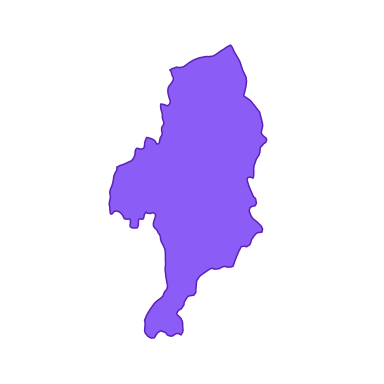 outline of Hantsavichy, Brest, Belarus, rotated 109°
{"feature_id": "67162791B6713137002494", "entity_name": "Hantsavichy", "entity_type": "district", "adm_level": 2, "iso_a3": "BLR", "parent_name": "Belarus", "parent_adm1": "Brest", "projection": "natural_earth1", "projection_center": [26.586, 52.677], "detail": "fine", "context": "isolated", "style": "filled", "palette": "violet", "viewbox_px": 384, "rotation_deg": 109, "n_neighbors": 0, "source": "geoboundaries", "source_scale": "gbopen_adm2", "svg_char_len": 4084}
<svg xmlns="http://www.w3.org/2000/svg" viewBox="0 0 384 384"><g transform="rotate(109 192 192)"><path d="M328.7,195.1L328.8,195.0L330.8,193.8L333.4,193.0L338.8,191.6L340.9,190.0L342.9,186.4L343.4,182.9L342.1,180.1L339.1,179.5L336.2,178.7L333.4,176.3L333.4,173.9L333.6,171.1L335.2,168.7L335.4,165.9L334.6,163.7L332.1,161.7L331.0,160.9L330.2,158.5L330.7,155.9L327.7,155.2L325.6,155.5L323.0,156.7L319.7,157.9L317.6,158.9L315.0,161.5L314.0,163.3L313.0,165.7L311.7,167.1L308.1,166.1L306.0,164.1L301.4,162.9L298.8,163.5L293.7,162.5L291.6,161.5L290.3,159.3L289.0,156.7L285.9,155.7L282.6,156.7L277.4,157.9L274.6,158.7L271.2,157.9L269.2,157.3L266.8,155.9L264.5,154.1L261.7,152.1L259.4,150.3L257.8,148.7L257.6,146.4L257.3,144.6L255.5,141.2L253.2,139.2L251.6,136.8L251.6,134.4L250.1,130.6L248.8,129.0L246.0,129.0L242.1,129.0L238.5,128.8L232.6,128.4L230.2,128.0L228.4,128.0L227.4,127.2L226.1,124.6L226.1,122.6L223.0,120.2L220.5,120.0L217.4,120.2L212.7,118.8L209.6,117.4L208.1,114.6L207.1,112.8L204.0,113.2L201.7,115.4L199.3,120.2L197.3,125.8L195.5,128.2L191.4,131.8L187.8,132.0L186.2,130.6L184.4,127.8L181.6,127.4L177.5,129.8L176.2,132.6L169.2,139.0L165.1,142.2L162.5,144.0L160.2,144.0L158.9,141.6L158.9,139.0L158.8,138.7L156.9,138.9L152.8,140.1L149.8,141.3L146.9,141.9L140.2,141.9L138.0,141.4L135.3,140.7L132.3,140.8L130.2,141.3L128.3,141.8L126.6,141.6L125.3,140.7L123.1,140.0L121.2,138.5L118.7,138.3L117.3,139.0L116.3,141.3L115.3,143.9L113.2,146.0L109.3,146.3L106.4,146.7L103.7,148.0L99.6,150.7L94.5,154.0L90.8,159.7L88.7,163.1L86.5,166.5L85.5,169.8L84.5,173.8L83.7,174.6L80.6,174.7L75.1,175.3L69.7,176.4L65.8,178.3L63.2,180.9L60.0,184.0L53.9,188.5L51.5,190.9L49.3,193.4L45.9,197.5L42.0,201.1L40.7,203.1L40.6,203.4L43.2,206.0L47.3,209.0L49.5,210.9L54.1,214.1L56.8,216.6L58.5,220.2L59.4,223.0L62.8,228.9L66.2,233.0L69.8,236.2L73.2,238.5L76.6,241.0L78.5,244.5L78.9,247.3L80.2,248.8L81.5,250.5L82.7,251.7L83.8,252.6L85.1,250.9L86.8,249.7L88.7,248.4L89.6,247.2L91.0,246.4L93.4,246.3L96.5,247.2L98.9,248.1L101.0,248.4L103.2,248.1L105.5,247.3L107.8,246.0L110.7,244.0L113.4,242.0L115.0,241.8L116.9,242.0L118.6,243.6L118.4,246.0L118.5,247.6L118.7,249.1L118.9,250.0L120.2,250.0L123.4,248.6L125.7,247.0L127.5,245.8L128.9,245.1L131.9,244.0L134.2,242.2L135.6,241.1L137.4,240.9L139.5,241.4L141.2,241.6L142.8,241.1L144.1,240.6L145.7,239.5L147.1,239.1L149.0,239.2L150.6,239.6L152.3,239.6L154.2,239.2L156.7,239.1L157.8,240.1L158.0,241.3L156.0,243.1L155.3,244.7L155.0,246.2L154.8,247.3L154.9,250.9L155.1,252.4L157.2,252.9L160.7,252.8L162.8,252.2L165.1,251.8L166.3,252.0L167.6,253.2L168.3,255.1L168.3,256.5L168.4,257.6L168.8,258.6L169.9,259.0L171.4,259.0L172.3,258.9L175.3,258.0L178.6,258.2L182.2,259.3L183.6,261.0L186.8,264.3L188.1,265.7L188.9,266.7L190.2,268.5L191.6,269.8L192.9,271.1L193.1,271.0L195.7,270.3L198.0,270.7L199.4,270.9L202.1,271.1L204.5,270.7L206.5,270.2L208.2,270.0L210.8,269.8L214.8,269.9L217.6,270.0L220.0,269.3L221.9,268.2L223.2,267.5L226.1,267.1L228.0,266.9L230.4,266.4L232.2,265.3L233.7,264.6L235.5,263.9L237.1,263.1L238.7,262.3L239.3,261.5L238.9,260.6L237.7,260.0L235.5,259.1L234.5,257.1L234.5,254.3L235.3,252.0L236.7,249.9L237.8,248.8L239.3,247.4L239.2,245.7L238.4,243.6L237.8,242.3L238.6,241.2L240.7,240.3L242.9,240.0L244.9,239.1L245.4,237.3L245.1,235.5L244.1,233.0L243.8,232.2L242.3,231.9L240.9,231.9L238.6,232.6L236.5,233.3L234.8,233.3L234.2,232.1L234.2,230.8L233.6,229.6L232.0,229.2L230.0,229.6L228.0,229.6L226.0,228.8L226.6,227.4L226.2,225.6L225.9,224.3L224.4,222.7L224.4,220.7L225.2,219.1L227.2,218.6L230.6,218.6L233.9,218.4L235.3,218.0L236.9,217.2L237.6,216.2L238.3,215.1L239.5,212.7L241.8,210.5L242.9,208.8L244.6,207.3L246.8,206.4L248.8,205.0L249.6,204.3L251.1,202.6L252.5,201.1L254.7,199.2L257.3,197.8L261.7,196.1L264.3,195.3L268.8,193.5L273.9,192.3L277.2,190.7L280.7,189.1L283.5,187.5L286.0,186.2L287.7,185.1L289.1,184.5L290.5,184.3L292.4,184.2L294.2,185.1L295.8,185.5L298.1,185.6L300.0,185.6L302.8,187.2L304.8,188.6L307.6,190.4L309.8,191.4L313.9,192.6L317.0,193.5L320.3,194.2L323.4,194.8L325.6,194.9L328.7,195.1Z" fill="#8b5cf6" stroke="#5b21b6" stroke-width="1.5"/></g></svg>